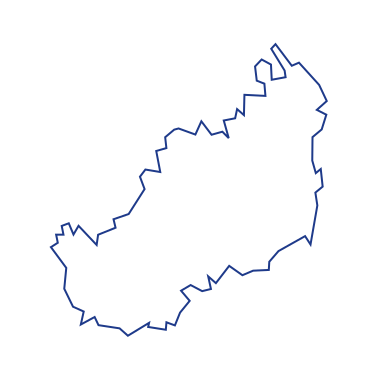 the district of Grainger, Tennessee, United States of America, rotated 170°
{"feature_id": "52423323B64097397586562", "entity_name": "Grainger", "entity_type": "district", "adm_level": 2, "iso_a3": "USA", "parent_name": "United States of America", "parent_adm1": "Tennessee", "projection": "albers", "projection_center": [-83.509, 36.251], "detail": "fine", "context": "isolated", "style": "outline", "palette": "blue", "viewbox_px": 384, "rotation_deg": 170, "n_neighbors": 0, "source": "geoboundaries", "source_scale": "gbopen_adm2", "svg_char_len": 1181}
<svg xmlns="http://www.w3.org/2000/svg" viewBox="0 0 384 384"><g transform="rotate(170 192 192)"><path d="M43.5,258.2L48.2,275.4L64.2,300.8L71.8,299.0L84.1,323.1L89.1,319.3L79.7,295.5L79.9,288.8L94.0,288.7L92.1,303.8L100.4,310.4L108.1,304.7L108.9,290.4L101.9,286.1L103.0,273.9L123.5,278.6L127.5,258.7L133.2,265.8L136.7,257.1L148.3,256.9L146.5,238.7L151.6,246.1L162.8,245.0L170.5,260.0L178.7,248.0L194.2,256.9L198.7,256.5L208.9,250.6L209.6,239.7L220.1,238.6L219.8,217.2L234.0,222.2L240.6,216.1L238.2,203.1L258.2,181.3L274.0,178.8L273.5,170.1L291.9,166.2L295.1,156.4L309.6,178.4L316.1,170.7L318.8,182.6L326.2,181.2L326.0,172.3L333.2,173.6L333.0,165.3L340.5,162.2L329.0,139.1L334.6,118.9L329.1,99.7L319.4,93.1L324.5,80.8L309.6,85.8L307.2,77.1L287.0,70.3L280.1,61.6L257.0,70.6L258.6,66.7L241.7,60.9L239.8,68.1L232.0,63.6L224.7,75.3L213.2,85.2L219.9,96.7L209.5,100.6L199.2,92.6L190.2,93.2L190.7,106.1L184.3,98.1L168.2,112.8L156.8,101.3L145.5,103.9L129.9,101.9L128.0,109.9L117.1,118.8L88.3,128.9L84.4,119.7L70.9,157.0L70.6,170.0L62.4,174.6L61.2,192.3L66.8,189.1L68.1,202.1L63.8,225.1L53.4,231.1L46.3,244.8L54.8,251.2L43.5,258.2Z" fill="none" stroke="#1e3a8a" stroke-width="2"/></g></svg>